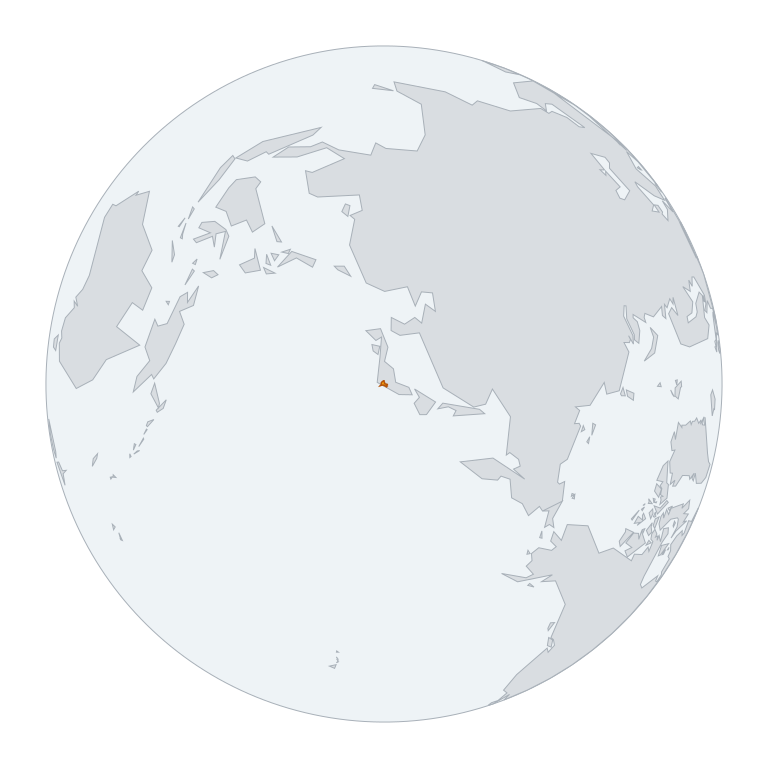 globe centered on Ibaraki, rotated 102°
{"feature_id": "JPN-1856", "entity_name": "Ibaraki", "entity_type": "Prefecture", "adm_level": 1, "iso_a3": "JPN", "parent_name": "Japan", "parent_adm1": "", "projection": "orthographic", "projection_center": [140.305, 36.33], "detail": "fine", "context": "on_globe", "style": "filled", "palette": "amber", "viewbox_px": 768, "rotation_deg": 102, "n_neighbors": 0, "source": "natural_earth", "source_scale": "10m", "svg_char_len": 12338}
<svg xmlns="http://www.w3.org/2000/svg" viewBox="0 0 768 768"><g transform="rotate(102 384 384)"><circle cx="384" cy="384" r="338" fill="#eef3f6" stroke="#a8b0b8"/><path d="M591.4,607.4L591.3,608.8L590.9,609.2L591.4,607.4ZM668.1,201.0L661.5,196.7L673.9,210.4L676.1,214.1L676.7,215.4L673.4,212.6L669.9,206.7L660.6,199.5L658.6,203.4L640.6,193.8L608.4,169.5L612.3,167.7L604.1,162.9L598.8,165.1L597.3,168.0L561.9,160.9L540.9,175.3L544.6,188.8L535.6,179.6L549.7,212.2L544.9,229.6L544.0,204.7L539.0,198.3L532.6,207.0L526.0,202.5L519.2,204.5L512.0,198.6L511.9,185.5L507.3,181.7L503.0,188.3L493.1,187.2L500.1,178.0L483.4,175.5L480.3,155.0L504.8,138.6L496.8,125.6L505.5,105.3L498.4,103.7L497.2,96.2L488.6,91.8L492.7,90.1L482.3,88.2L480.3,90.7L475.0,90.9L469.8,88.8L474.0,85.9L477.3,86.6L475.8,84.7L480.2,84.4L475.0,83.4L480.8,80.8L467.4,80.4L465.5,75.9L471.4,75.1L480.8,79.0L517.9,89.7L526.8,91.5L529.9,89.4L514.7,76.4L520.3,77.4L520.7,76.0L513.0,73.1L510.0,73.4L495.7,68.6L493.7,70.3L487.6,69.0L481.5,70.1L471.7,66.0L465.5,61.8L470.1,61.0L467.4,59.4L454.4,57.6L454.5,54.6L439.9,50.8L440.7,50.9L465.6,56.1L490.1,63.2L514.0,72.1L537.1,82.8L559.4,95.2L580.7,109.2L600.8,124.8L619.8,141.9L637.4,160.4L653.5,180.1L668.1,201.0ZM671.3,378.7L668.5,372.5L672.4,373.2L671.3,378.7ZM665.3,371.0L666.6,372.6L665.2,371.7L665.3,371.0ZM663.3,371.8L664.7,371.2L663.3,372.6L663.3,371.8ZM660.8,373.9L662.1,372.4L662.0,372.9L660.8,373.9ZM656.2,374.8L654.9,374.8L655.8,372.8L656.2,374.8ZM597.7,170.2L599.4,165.8L606.6,165.8L605.9,169.8L597.7,170.2ZM583.0,171.5L581.9,167.6L591.1,172.1L588.9,172.9L583.0,171.5ZM548.8,200.0L551.4,195.1L551.1,201.5L548.8,200.0ZM519.5,205.8L520.8,208.8L516.7,208.6L519.5,205.8ZM487.3,72.3L484.5,71.2L487.1,71.6L487.3,72.3ZM487.4,74.1L492.4,75.3L493.1,76.4L490.0,75.6L487.4,74.1ZM501.9,199.8L494.9,199.0L502.0,197.4L501.9,199.8ZM481.0,72.4L493.8,78.1L495.1,80.0L484.2,78.9L481.0,72.4ZM490.8,197.1L473.8,196.3L475.3,202.5L461.5,185.2L480.5,191.1L489.1,188.0L487.0,193.0L490.8,197.1ZM481.9,92.4L483.8,89.7L487.1,94.1L481.9,92.4ZM485.2,95.3L502.6,110.0L497.1,113.6L492.4,107.6L489.2,114.4L477.9,108.8L477.2,103.9L483.0,102.5L474.3,101.5L485.2,95.3ZM456.6,176.2L452.5,174.4L456.8,173.9L456.6,176.2ZM473.2,91.3L477.2,93.7L472.7,96.9L463.9,92.7L468.2,93.0L473.2,91.3ZM493.8,119.2L488.9,121.2L478.5,117.1L475.2,117.4L477.2,109.1L493.8,119.2ZM466.5,91.2L459.5,90.6L456.8,87.3L469.0,89.2L466.5,91.2ZM475.3,99.6L472.7,101.0L471.3,98.8L475.3,99.6ZM443.4,76.4L448.3,78.6L446.4,80.4L443.4,76.4ZM457.1,90.6L458.0,91.8L457.8,92.9L452.7,91.9L457.1,90.6ZM469.7,107.0L466.3,105.1L468.3,110.2L460.6,107.8L463.3,102.8L458.9,103.9L456.5,103.2L461.4,100.1L469.7,107.0ZM447.0,94.4L447.9,88.0L439.2,83.1L440.7,81.3L454.3,89.5L447.0,94.4ZM455.0,97.9L450.4,95.2L454.6,94.0L460.3,95.2L455.0,97.9ZM454.3,108.1L465.5,113.0L464.5,114.0L454.3,108.1ZM443.7,93.1L443.5,94.7L442.6,92.9L443.7,93.1ZM450.1,103.6L454.2,105.1L453.0,106.1L450.1,103.6ZM439.9,96.9L440.2,94.8L444.1,95.3L439.9,96.9ZM443.9,100.2L441.2,101.3L445.3,96.8L445.9,100.6L443.9,100.2ZM448.3,104.3L448.9,105.5L446.7,103.6L448.3,104.3ZM424.9,96.5L429.1,90.8L437.7,91.8L432.5,97.1L424.9,96.5ZM133.3,157.4L113.9,181.6L106.2,195.1L121.1,182.2L133.9,159.6L145.9,147.8L143.7,158.8L134.0,180.7L138.4,176.9L152.8,157.5L159.0,157.7L158.7,150.7L152.6,157.0L152.3,153.2L157.9,147.3L159.9,147.3L165.1,140.2L154.3,143.1L146.9,149.9L155.6,137.1L144.1,147.6L143.5,147.2L162.7,129.6L167.3,126.4L196.0,104.6L192.0,106.6L164.6,127.7L169.4,123.5L163.7,127.7L171.8,121.2L202.8,99.0L210.1,94.2L247.5,74.9L255.7,71.4L246.3,75.5L250.4,73.9L241.8,78.3L242.0,80.4L235.2,85.2L247.1,83.0L245.2,85.5L238.7,85.8L230.5,89.1L214.9,103.2L215.3,105.0L224.4,102.8L219.0,107.5L229.7,103.7L226.6,112.0L239.4,99.1L250.4,97.6L255.0,101.6L260.9,99.1L253.4,92.8L248.4,92.6L240.3,95.8L228.6,94.9L231.3,91.0L252.4,84.2L258.7,78.3L272.3,76.8L284.2,92.8L283.1,102.0L256.1,120.2L249.5,118.5L255.9,110.7L239.1,119.3L245.7,117.9L241.2,122.2L250.5,123.0L247.8,126.2L261.4,121.9L259.1,125.9L250.5,128.6L262.3,134.4L260.7,143.5L264.7,143.4L269.4,140.7L264.2,154.8L267.4,154.1L270.4,149.2L278.6,144.9L291.2,143.2L288.7,148.2L283.8,149.4L269.8,160.1L257.3,163.5L257.5,165.4L267.8,163.7L284.9,150.6L293.1,148.3L285.9,154.8L289.2,152.2L292.5,152.6L293.5,157.9L301.8,151.1L341.7,152.5L347.6,164.0L336.7,168.9L362.0,178.0L366.6,192.0L369.2,187.1L383.2,189.4L381.9,185.0L384.3,182.9L419.5,189.0L425.8,194.9L444.0,193.8L445.4,191.6L441.8,187.0L461.5,185.2L475.3,202.5L471.4,206.5L482.7,215.3L472.3,223.8L468.8,235.5L450.9,240.9L449.8,250.4L454.4,252.9L456.3,268.4L444.3,293.2L433.8,262.0L447.8,226.6L440.3,239.6L436.0,233.7L429.7,236.7L424.9,246.7L428.1,249.6L389.7,253.5L366.4,276.9L382.6,280.4L387.9,291.4L375.5,325.4L326.6,360.0L333.1,378.5L330.2,388.2L317.4,390.7L321.2,376.3L312.5,367.7L316.6,359.8L297.3,360.1L302.3,348.8L284.8,355.5L286.1,366.5L301.3,369.6L284.0,381.3L293.3,402.6L288.9,422.4L255.2,446.6L229.0,446.9L226.2,452.2L218.7,441.4L204.2,447.4L214.9,487.8L213.0,496.8L191.7,505.1L192.0,498.2L171.8,469.6L164.8,489.2L180.0,516.2L185.1,539.6L172.0,526.5L167.2,505.2L160.1,494.6L164.4,476.9L162.9,444.5L149.9,442.2L153.2,431.1L149.2,400.0L131.8,395.5L102.6,405.7L94.8,432.2L86.4,437.0L85.5,384.9L92.9,355.7L87.6,351.5L90.7,317.2L81.9,288.0L85.0,279.0L82.4,276.4L85.3,260.5L91.8,246.7L91.5,240.9L75.4,277.9L76.2,284.5L83.0,281.9L77.9,293.0L75.7,311.2L62.5,319.9L56.6,301.2L63.3,279.9L96.9,208.2L100.0,204.4L100.4,203.7L101.3,202.5L96.8,207.6L105.1,195.2L79.3,238.9L71.7,255.0L56.4,301.8L56.0,302.7L53.3,315.1L53.5,330.0L51.9,336.3L47.3,355.0L47.3,355.5L50.2,331.2L54.9,307.3L61.3,283.7L69.4,260.6L79.1,238.2L90.5,216.6L103.3,195.8L117.6,176.1L133.3,157.4ZM116.3,214.9L115.4,229.5L128.8,212.7L129.5,217.3L133.8,210.3L129.7,211.5L142.1,194.0L146.4,197.4L153.2,191.9L153.8,186.9L143.9,183.8L126.1,208.3L120.8,209.4L116.3,214.9ZM281.3,63.7L274.3,66.0L271.7,66.2L280.5,62.5L284.4,61.9L281.3,63.7ZM265.1,69.5L283.6,65.1L278.9,68.0L278.4,67.0L273.4,69.3L271.3,68.4L248.8,76.4L245.0,77.3L263.2,68.5L259.3,70.5L266.4,67.8L265.1,69.5ZM339.1,56.2L347.0,56.3L326.6,62.1L321.5,61.4L329.9,57.0L340.8,55.3L339.1,56.2ZM459.3,70.1L463.7,71.2L462.5,71.8L457.8,71.3L459.3,70.1ZM445.9,77.3L439.0,66.3L443.7,66.8L434.1,60.8L442.6,60.1L448.5,63.9L447.9,59.3L456.7,62.5L454.9,59.5L467.2,67.9L475.0,71.2L463.0,67.6L455.0,68.0L453.9,69.2L456.6,75.3L469.5,83.5L463.6,85.9L456.0,85.5L452.0,83.9L457.1,82.6L448.0,81.4L452.4,78.5L445.9,77.3ZM370.2,90.0L377.8,87.4L360.4,88.0L364.6,83.6L362.3,84.0L361.5,80.3L356.5,76.7L359.8,75.1L356.4,74.5L355.8,72.4L352.2,71.1L357.0,68.0L353.1,66.4L357.6,65.9L349.5,64.1L357.7,64.1L357.6,61.9L349.8,63.0L384.3,53.2L392.5,50.4L394.8,48.4L408.5,49.8L415.1,53.1L416.3,57.8L406.5,60.9L414.4,61.4L412.1,63.2L406.8,62.1L413.6,65.1L410.2,66.4L411.4,73.0L423.2,77.5L423.9,80.4L417.6,79.4L422.7,83.1L411.3,83.3L411.5,85.6L400.5,88.4L388.1,85.7L389.3,88.5L381.0,91.3L370.2,90.0ZM421.5,97.1L405.8,93.9L400.3,90.2L421.9,86.9L423.2,84.9L436.8,83.5L444.4,89.1L439.8,88.9L437.1,90.0L435.8,87.8L434.8,90.5L428.5,90.5L426.0,92.7L421.6,90.9L421.5,97.1ZM167.3,124.8L166.0,125.8L165.2,126.5L167.3,124.8ZM196.6,102.8L197.4,102.2L197.3,102.4L193.9,104.6L196.6,102.8ZM237.2,87.4L235.4,89.4L232.8,90.3L231.0,90.2L237.2,87.4ZM319.5,93.9L324.7,92.3L325.7,93.2L337.4,93.1L335.2,96.9L327.3,98.4L319.5,93.9ZM119.8,181.2L118.4,180.4L121.1,176.7L121.1,177.7L119.8,181.2ZM138.7,152.3L131.4,160.8L137.8,153.1L138.7,152.3ZM319.0,98.0L324.1,97.4L319.9,99.7L319.0,98.0ZM334.2,99.7L330.2,102.4L336.3,97.3L334.2,99.7ZM262.8,613.1L272.7,617.0L272.5,618.0L262.8,613.1ZM252.2,606.0L263.3,609.7L250.6,608.0L252.2,606.0ZM267.7,611.1L279.1,612.1L283.9,611.5L283.3,613.6L267.7,611.1ZM244.8,603.7L206.4,589.0L191.9,579.4L194.8,576.6L218.4,587.7L244.8,603.7ZM193.7,575.9L172.0,552.9L146.1,498.9L155.3,505.3L183.2,544.5L181.3,547.5L194.3,563.9L193.7,575.9ZM248.0,574.3L246.0,585.3L224.4,576.6L214.8,570.9L208.2,553.0L211.9,546.6L219.6,550.0L252.0,533.9L262.8,544.3L252.2,552.6L261.2,566.2L248.0,574.3ZM95.2,435.7L97.2,456.7L93.1,455.4L95.2,435.7ZM267.0,518.3L252.7,526.5L266.4,513.8L267.0,518.3ZM276.3,504.7L276.2,511.4L271.7,503.6L276.3,504.7ZM224.1,461.1L215.9,459.2L216.6,454.4L227.6,454.2L224.1,461.1ZM285.5,439.0L281.9,452.9L279.1,457.1L277.0,447.4L285.5,439.0ZM307.5,134.2L293.5,129.6L282.1,130.0L273.3,135.4L279.7,126.3L297.4,125.7L307.5,134.2ZM337.7,149.5L345.4,145.5L346.1,149.2L344.5,150.6L337.7,149.5ZM339.4,145.7L341.1,137.6L348.1,136.7L345.4,143.2L339.4,145.7ZM329.4,116.0L325.4,114.2L329.0,112.3L329.4,116.0ZM518.5,691.0L524.7,689.2L515.9,694.0L502.7,699.8L487.9,704.7L518.5,691.0ZM408.5,715.9L403.8,712.8L419.5,712.1L416.6,715.0L408.5,715.9ZM528.0,686.0L535.7,680.5L534.5,676.9L538.5,679.2L549.4,674.9L528.5,687.6L528.0,686.0ZM339.0,694.8L279.1,692.0L264.6,686.7L265.4,683.2L246.4,664.0L250.9,665.8L244.3,653.5L278.1,653.4L301.3,638.7L323.5,644.4L338.2,631.1L362.0,635.4L356.7,647.1L383.5,657.5L396.8,631.0L417.9,660.7L440.5,669.8L452.4,684.1L429.2,706.2L411.5,710.1L406.0,708.7L399.2,710.4L385.5,709.4L373.8,702.8L367.3,704.3L371.7,699.8L363.1,703.5L354.1,698.4L339.0,694.8ZM511.7,649.7L516.4,649.5L525.2,652.2L517.5,652.9L511.7,649.7ZM579.7,617.2L582.8,618.2L577.6,620.6L579.7,617.2ZM590.9,609.2L584.6,612.5L591.4,607.4L590.9,609.2ZM531.1,630.2L533.8,631.4L532.1,632.4L531.1,630.2ZM529.1,630.0L531.2,626.8L531.5,629.6L529.1,630.0ZM505.1,618.2L507.5,616.3L508.8,617.3L505.1,618.2ZM287.6,620.9L301.1,615.8L309.0,616.8L287.6,620.9ZM500.8,615.4L494.3,615.8L494.8,614.1L500.8,615.4ZM500.8,611.5L499.9,609.2L504.6,614.2L500.8,611.5ZM487.9,607.5L496.2,610.9L487.0,608.1L487.9,607.5ZM483.3,608.5L477.5,607.0L477.9,606.2L483.3,608.5ZM423.0,613.3L443.9,627.6L428.0,627.2L409.9,618.0L397.5,625.5L368.3,621.6L374.4,617.2L370.0,608.7L341.0,601.6L335.2,595.2L345.1,593.2L326.6,585.7L346.8,586.7L355.5,599.1L367.1,591.9L388.1,596.3L409.2,601.5L426.9,610.3L423.0,613.3ZM347.8,611.0L351.3,611.5L348.4,614.3L347.8,611.0ZM466.6,601.7L474.9,606.5L474.1,607.8L470.1,607.2L466.6,601.7ZM430.9,608.5L449.7,599.6L454.3,599.7L442.0,610.0L430.9,608.5ZM444.7,593.7L453.8,594.9L458.8,599.9L457.0,601.4L444.7,593.7ZM306.4,593.4L305.7,596.3L300.6,592.8L306.4,593.4ZM312.9,593.0L328.5,599.3L311.5,595.3L312.9,593.0ZM267.7,570.8L272.0,579.5L285.4,578.4L275.2,582.5L284.8,596.9L281.9,600.5L272.2,585.2L269.7,597.6L263.8,595.7L260.1,583.3L265.8,570.8L271.7,566.5L296.2,570.5L267.7,570.8ZM312.6,583.9L308.5,574.3L311.6,569.1L316.0,574.7L312.6,583.9ZM297.5,550.1L287.8,536.9L278.3,538.4L298.4,528.5L304.2,542.8L297.5,550.1ZM290.6,524.5L281.5,525.8L291.4,519.5L290.6,524.5ZM279.6,521.6L279.5,513.8L286.2,516.7L279.6,521.6ZM295.1,526.0L298.2,513.6L300.8,522.0L295.1,526.0ZM278.9,495.9L291.8,512.5L273.5,501.8L276.6,476.4L284.6,478.2L278.9,495.9ZM347.9,404.0L348.0,396.0L356.4,396.0L353.9,401.5L347.9,404.0ZM383.8,391.0L358.7,393.5L338.6,396.2L343.1,401.0L335.6,412.8L330.6,398.9L347.2,387.8L361.8,388.2L367.2,377.9L379.9,372.9L382.1,359.0L388.7,354.2L391.2,367.1L383.8,391.0ZM382.5,353.1L390.9,329.8L405.1,336.1L406.5,342.6L396.6,350.5L389.7,346.6L382.5,353.1ZM397.1,326.2L390.5,322.5L388.9,285.3L392.1,279.3L400.8,309.6L395.0,308.0L392.9,316.3L397.1,326.2ZM452.0,177.3L452.4,174.6L454.9,177.4L452.0,177.3ZM383.3,180.4L386.9,178.1L389.6,181.1L383.3,180.4ZM398.4,173.6L392.8,171.8L399.7,171.6L398.4,173.6ZM380.0,168.5L391.0,170.1L379.0,171.6L380.0,168.5Z" fill="#d9dde1" stroke="#a8b0b8" stroke-width="1"/><path d="M386.3,380.9L386.3,381.0L386.1,381.3L385.8,382.3L385.6,382.8L385.5,383.0L385.4,383.4L385.4,383.5L385.5,383.7L385.5,383.8L385.3,384.1L385.2,384.3L385.2,384.5L385.3,385.0L385.5,385.4L385.6,385.9L386.3,387.1L386.5,387.3L386.6,387.5L386.4,387.4L386.2,387.3L385.9,387.0L385.9,386.9L385.7,386.9L385.3,386.6L385.2,386.6L384.7,386.6L384.4,386.6L384.2,386.8L383.4,386.9L383.2,386.8L382.4,386.4L382.2,386.3L381.9,385.9L381.6,385.5L381.4,385.5L381.3,385.4L381.2,385.4L381.0,385.2L380.9,384.7L381.0,384.7L381.3,384.6L381.5,384.6L381.6,384.4L381.8,384.2L382.0,384.1L382.3,383.8L382.5,383.8L382.7,383.7L382.8,383.7L383.0,383.6L383.3,383.6L383.5,383.2L383.7,382.9L383.6,382.3L383.6,382.0L383.6,381.9L383.8,381.8L383.8,381.7L383.7,381.5L383.7,381.2L383.7,380.9L383.7,380.7L383.9,380.6L384.0,380.7L384.1,380.8L384.3,381.0L384.5,381.1L384.7,381.3L384.8,381.3L384.8,381.2L385.0,381.1L385.2,380.9L385.2,380.7L385.3,380.5L385.5,380.7L385.8,380.8L386.3,380.9Z" fill="#f59e0b" stroke="#b45309" stroke-width="1.5"/></g></svg>